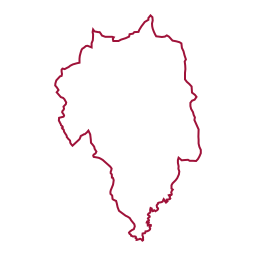 the district of Padang Terap, Kedah, Malaysia
{"feature_id": "92858781B11501652719987", "entity_name": "Padang Terap", "entity_type": "district", "adm_level": 2, "iso_a3": "MYS", "parent_name": "Malaysia", "parent_adm1": "Kedah", "projection": "orthographic", "projection_center": [100.684, 6.234], "detail": "fine", "context": "isolated", "style": "outline", "palette": "rose", "viewbox_px": 256, "rotation_deg": 0, "n_neighbors": 0, "source": "geoboundaries", "source_scale": "gbopen_adm2", "svg_char_len": 4559}
<svg xmlns="http://www.w3.org/2000/svg" viewBox="0 0 256 256"><path d="M129.0,232.6L129.4,233.6L129.8,234.0L130.6,234.5L131.1,235.1L131.1,235.7L132.2,236.1L133.0,236.5L133.8,236.4L134.8,236.4L135.7,236.7L135.9,237.1L135.7,238.2L136.5,238.5L136.7,239.1L136.6,239.9L137.3,239.8L137.9,239.5L138.5,239.4L139.1,239.2L140.0,238.8L140.8,239.0L141.4,239.5L141.9,240.1L142.4,240.6L143.1,240.1L143.1,239.1L143.0,238.3L143.1,237.2L142.9,236.6L142.4,235.3L142.5,234.6L142.6,233.5L143.6,233.3L144.9,233.2L145.3,232.6L145.5,231.4L146.5,231.3L147.4,231.2L148.2,230.8L149.0,230.4L150.0,229.4L150.2,228.3L149.7,227.7L149.6,227.0L150.0,225.9L150.8,225.9L150.9,225.1L150.3,224.9L149.5,224.8L148.5,224.7L148.3,224.8L148.4,225.4L147.8,225.5L147.7,224.4L148.4,223.2L148.8,222.5L148.5,222.2L147.4,222.8L146.7,222.6L147.1,221.5L147.8,221.1L148.9,220.6L149.0,220.2L148.4,219.4L147.9,218.4L148.5,217.8L149.2,217.3L149.6,217.0L149.7,216.3L148.9,215.5L148.3,215.2L147.9,214.7L148.2,214.0L148.6,213.5L149.3,213.1L150.0,212.7L150.3,212.0L150.3,211.5L150.2,210.5L150.2,209.7L150.4,208.7L150.6,208.0L151.7,208.5L151.9,209.5L152.1,210.4L152.5,211.2L153.4,211.0L154.1,210.2L155.0,210.8L155.5,211.2L156.0,210.8L156.7,210.5L157.5,209.9L158.1,208.9L158.0,208.2L157.6,208.0L157.0,207.3L156.8,206.1L156.7,205.3L157.2,204.6L157.8,204.1L157.9,203.2L158.7,202.7L159.5,202.5L160.4,202.4L161.3,202.2L161.8,202.0L162.5,201.7L162.9,201.0L163.2,200.5L163.4,199.6L163.7,199.1L164.4,200.1L164.8,201.1L165.4,201.8L166.0,202.6L166.7,202.1L166.9,201.6L167.5,201.2L167.3,200.8L166.5,200.4L166.7,199.6L167.5,199.5L168.1,199.5L169.1,199.3L169.9,199.0L170.3,198.4L169.8,197.8L169.7,197.1L170.0,196.7L169.8,196.2L169.1,195.7L168.8,195.2L169.7,194.9L171.2,195.0L171.7,194.6L171.6,193.4L171.2,192.6L171.6,191.2L172.8,189.6L171.5,188.6L171.5,185.3L172.5,183.4L173.9,182.0L175.6,180.3L177.2,178.2L178.9,174.4L179.3,171.4L178.4,168.8L178.6,166.2L177.9,162.9L177.9,160.1L178.6,157.7L181.7,160.3L183.8,160.1L188.0,159.8L189.7,160.8L193.0,160.8L196.1,161.0L197.9,159.1L199.4,156.5L200.8,153.2L200.8,149.9L199.4,146.9L198.6,143.6L198.6,139.8L198.4,136.7L198.6,129.4L194.4,120.0L194.9,117.4L193.7,115.0L193.0,112.2L191.1,108.9L190.4,106.1L190.4,102.8L192.0,100.7L194.6,99.7L196.5,96.9L194.9,94.8L192.0,92.6L191.6,86.5L189.2,83.9L186.8,81.8L185.0,79.4L185.0,72.8L185.4,69.1L185.2,65.3L184.7,61.5L185.9,59.4L184.5,55.2L183.5,51.2L181.9,47.9L181.4,43.4L179.5,42.2L176.2,41.3L172.5,40.6L169.9,37.7L168.9,36.6L166.8,35.4L164.9,36.6L161.9,37.0L156.2,36.3L155.0,34.2L153.8,31.6L152.7,28.6L152.2,26.4L152.0,23.6L152.7,20.5L152.4,17.2L150.5,15.4L148.4,18.0L148.4,19.8L144.7,22.0L143.0,24.3L141.4,26.4L139.2,30.0L138.5,31.9L134.3,32.1L132.9,33.7L129.6,34.2L129.1,36.6L125.6,38.2L121.1,39.6L118.5,41.0L113.3,41.0L112.8,38.9L113.8,37.3L112.1,36.8L105.3,36.8L102.0,35.6L100.8,33.7L99.6,32.1L98.0,32.1L94.5,31.4L93.1,29.5L92.6,32.1L93.1,34.4L93.0,37.5L92.8,40.3L91.6,43.2L91.6,45.0L91.6,47.4L87.6,45.8L86.0,46.0L83.4,48.1L82.4,48.6L81.5,50.0L80.7,52.5L79.8,55.9L79.5,58.7L79.5,61.5L79.5,62.7L76.7,63.3L72.9,64.4L70.3,65.7L68.7,67.0L66.7,68.0L64.7,69.1L62.5,68.6L61.6,69.7L61.6,71.6L62.0,74.0L61.6,75.9L60.1,76.3L59.6,76.8L56.3,80.4L55.4,83.4L55.2,85.5L56.9,87.5L58.5,90.0L56.7,92.3L60.8,97.1L63.1,97.9L64.4,99.2L65.5,101.2L66.2,102.4L65.8,104.2L63.5,106.6L64.0,108.6L63.7,109.6L62.3,111.3L62.2,112.4L63.7,114.5L64.1,115.7L63.5,116.7L60.3,117.5L59.1,117.8L58.9,119.9L58.9,120.7L59.6,121.8L59.8,122.6L60.4,123.4L60.7,124.0L61.0,125.2L61.9,125.9L62.4,126.3L62.8,127.1L62.7,127.5L62.0,128.0L62.6,128.9L63.4,129.4L63.8,130.0L63.9,130.9L64.1,131.7L64.6,132.5L65.1,133.3L66.5,135.4L66.8,136.4L66.8,137.1L67.4,137.7L68.2,138.8L69.3,139.8L70.0,140.6L70.2,141.5L70.2,142.2L70.4,143.0L70.7,143.5L71.5,144.6L72.5,145.7L79.5,139.2L80.4,137.2L80.7,136.1L81.2,135.7L82.2,135.3L83.2,134.7L83.8,134.3L84.8,134.2L86.9,132.4L88.4,130.6L90.2,134.4L90.8,139.5L91.0,142.8L92.5,144.5L93.8,146.2L94.3,147.1L94.6,148.7L95.6,150.4L96.4,151.6L95.6,153.3L94.9,153.9L93.7,154.6L93.2,155.7L93.7,156.9L96.1,157.3L98.7,157.8L100.3,158.5L102.7,159.9L110.3,166.7L111.6,168.5L111.3,170.2L110.7,171.8L110.7,173.2L111.8,174.4L111.9,177.4L112.3,177.3L113.0,178.0L113.7,180.2L113.3,183.1L113.0,184.8L112.5,186.0L111.9,187.5L111.4,188.7L110.8,190.1L110.4,192.0L110.5,193.9L111.5,194.8L112.2,195.7L112.4,197.6L112.5,198.9L113.1,199.5L114.4,200.2L116.1,200.9L116.8,203.4L117.6,207.2L119.0,210.8L125.6,215.7L127.7,216.7L129.8,218.1L131.2,220.4L132.6,222.1L134.3,224.2L134.8,226.3L133.8,229.2L131.9,230.1L130.0,231.5L129.0,232.6Z" fill="none" stroke="#9f1239" stroke-width="2"/></svg>